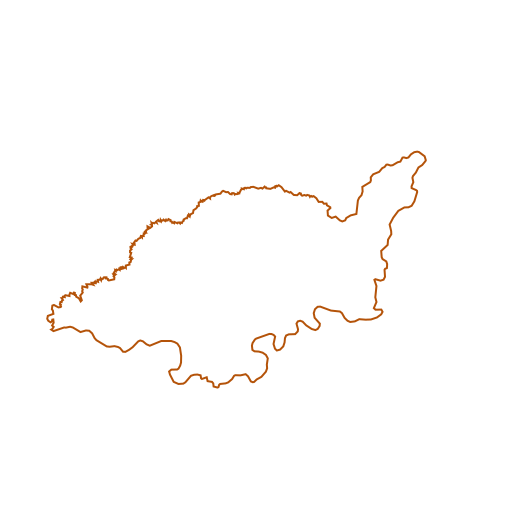 La Victoria (Pacoa), Amazonas, Colombia (orthographic projection), rotated 126°
{"feature_id": "7082276B65279517003270", "entity_name": "La Victoria (Pacoa)", "entity_type": "district", "adm_level": 2, "iso_a3": "COL", "parent_name": "Colombia", "parent_adm1": "Amazonas", "projection": "orthographic", "projection_center": [-71.093, -0.129], "detail": "fine", "context": "isolated", "style": "outline", "palette": "amber", "viewbox_px": 512, "rotation_deg": 126, "n_neighbors": 0, "source": "geoboundaries", "source_scale": "gbopen_adm2", "svg_char_len": 6149}
<svg xmlns="http://www.w3.org/2000/svg" viewBox="0 0 512 512"><g transform="rotate(126 256 256)"><path d="M435.9,378.4L435.8,375.7L426.6,369.2L425.7,367.7L422.5,364.8L421.5,362.2L420.7,353.3L416.2,349.8L414.5,347.0L414.9,343.1L417.3,338.3L417.9,335.6L416.9,323.6L415.4,321.0L412.1,317.5L410.7,314.1L410.4,311.9L411.6,307.3L410.3,305.3L406.4,303.5L402.3,302.2L394.3,301.1L392.4,300.0L391.5,297.4L391.8,292.7L391.0,289.2L380.5,282.7L374.6,274.6L373.5,271.3L373.1,268.1L374.7,263.8L380.7,257.9L386.3,254.0L389.3,252.9L392.7,252.5L394.2,253.1L397.7,257.7L400.5,258.4L402.5,255.9L406.2,248.6L405.1,243.5L402.0,239.8L399.7,238.9L391.1,238.2L388.5,236.3L386.4,233.8L385.1,230.7L387.2,228.6L387.3,227.5L383.1,224.6L385.7,221.6L383.7,217.6L384.2,215.7L386.5,213.6L385.1,209.9L384.2,209.3L381.8,210.1L380.6,209.8L376.9,205.7L374.6,204.2L369.6,203.0L365.8,203.3L364.6,202.7L361.7,198.4L357.7,194.9L358.0,191.8L360.5,186.4L360.0,184.4L359.0,183.5L355.5,182.9L350.6,180.6L343.8,180.0L340.3,181.0L337.5,183.4L331.9,186.3L330.2,189.8L330.3,193.8L331.7,197.6L334.0,201.2L334.1,203.7L330.9,206.6L328.5,207.6L324.2,207.8L322.7,207.3L311.2,199.4L310.0,197.6L309.5,195.4L309.9,193.2L316.9,190.1L319.8,186.2L320.2,183.6L317.6,181.5L313.1,180.8L309.1,182.1L305.4,184.3L302.6,184.9L300.1,183.4L296.2,178.4L292.5,177.9L290.6,178.9L286.9,183.5L284.3,183.7L282.4,182.2L281.7,179.7L282.6,174.6L282.3,168.0L281.0,164.4L278.7,163.2L275.2,163.4L273.2,164.6L271.5,172.3L268.3,175.7L264.4,177.0L260.9,176.3L259.2,174.3L256.1,163.3L251.6,155.5L251.7,152.9L254.0,147.9L254.6,143.9L254.0,141.0L250.8,137.6L246.4,135.3L243.1,129.9L239.8,125.7L234.6,122.0L229.6,120.4L226.8,120.8L225.7,123.1L229.2,127.8L228.9,130.0L222.4,131.5L219.3,135.2L209.5,140.9L205.7,146.2L204.6,145.8L202.8,140.8L200.2,138.9L197.0,139.4L191.6,143.9L190.4,144.0L188.9,143.0L187.8,143.6L185.4,145.2L183.8,147.4L184.1,151.8L183.1,153.6L178.3,157.7L169.7,156.0L165.1,158.8L158.9,159.3L156.4,161.3L152.0,166.4L144.4,167.5L135.8,167.4L129.5,164.5L127.0,161.3L123.9,159.6L118.7,160.0L109.5,163.2L108.6,164.1L108.6,165.4L109.6,170.0L108.2,171.1L103.8,172.1L100.8,175.4L99.1,176.0L94.6,175.7L88.9,176.6L84.7,175.0L79.7,174.7L78.7,174.9L76.2,178.2L76.1,185.2L76.8,186.9L79.0,189.0L82.7,190.4L86.7,190.6L88.4,191.9L89.3,194.3L90.3,195.3L94.8,194.7L96.9,196.5L102.2,198.8L103.7,200.3L104.6,203.2L105.5,204.2L108.4,204.3L110.7,205.5L115.5,205.8L121.0,209.2L124.9,209.4L127.3,207.5L129.0,207.0L137.6,210.6L141.1,207.7L144.8,206.4L148.3,206.8L151.2,206.2L163.0,199.5L167.5,203.3L172.2,205.3L174.7,204.8L177.3,206.5L177.9,209.1L177.3,214.7L180.7,217.1L181.0,221.6L177.2,224.8L173.5,224.0L172.9,224.6L173.3,228.4L172.1,229.8L173.8,231.8L173.2,234.2L175.4,237.1L173.8,241.1L173.7,244.6L174.9,245.3L174.8,246.2L175.4,246.4L175.6,247.4L176.3,247.3L175.7,248.4L176.5,250.5L177.7,250.9L178.2,252.7L180.1,254.1L179.9,256.0L179.1,256.4L179.5,257.8L182.6,258.4L184.4,261.3L183.9,265.6L185.0,266.1L185.6,270.0L186.9,270.5L185.3,275.9L185.4,279.2L187.5,279.9L187.2,280.7L188.3,281.5L189.6,280.8L189.9,281.9L193.2,283.8L195.2,287.5L194.6,288.1L195.1,288.9L194.8,289.8L197.7,290.4L197.9,292.0L200.2,293.8L201.6,298.8L203.4,300.8L204.5,301.0L206.0,303.3L207.1,303.7L207.2,305.0L208.3,305.6L209.1,305.1L209.8,307.2L210.4,306.7L211.3,307.1L214.6,306.5L215.2,307.4L215.5,306.5L217.1,307.7L218.0,309.2L218.8,309.3L218.2,310.9L219.2,312.3L220.4,311.9L221.1,313.3L220.7,316.3L221.9,317.6L222.6,320.9L223.9,321.4L226.5,321.4L229.8,324.7L231.7,324.8L232.0,325.2L231.4,325.8L233.8,327.3L235.6,327.8L236.5,327.0L236.5,328.9L240.8,330.3L241.5,331.4L242.0,330.6L243.1,332.1L243.7,331.4L244.2,332.5L243.9,333.3L245.0,332.8L246.4,333.8L249.0,331.7L250.3,332.9L250.9,332.3L252.8,332.4L255.7,333.5L258.3,332.2L260.8,333.5L261.8,333.2L261.8,334.4L263.2,333.1L263.3,334.9L266.0,334.0L266.6,334.9L269.0,336.0L269.9,335.2L271.2,335.7L272.8,335.3L273.3,336.8L274.3,336.5L274.1,338.0L274.9,338.9L275.7,338.8L276.4,342.0L277.6,341.5L277.7,343.0L278.4,343.3L277.7,344.4L278.2,345.6L277.2,346.2L277.6,348.5L279.0,348.3L280.0,349.2L279.6,350.1L281.1,350.0L280.9,352.2L282.2,352.3L282.7,353.5L283.5,353.2L283.0,354.3L284.3,353.6L284.9,354.9L284.3,356.3L286.8,357.0L287.5,356.0L287.5,357.0L289.4,357.5L289.7,358.8L290.6,359.2L290.5,360.0L291.3,359.1L292.3,359.4L292.0,358.4L293.1,357.5L295.4,358.1L295.8,361.2L296.8,360.4L296.0,359.2L296.3,358.6L299.7,360.0L300.8,359.4L301.0,360.1L301.9,360.3L302.5,360.0L302.3,358.9L303.6,359.9L303.8,359.2L305.0,359.5L305.9,358.6L306.9,360.1L308.0,359.2L307.8,360.8L309.5,360.3L311.2,361.3L314.0,361.5L314.3,362.6L317.3,362.6L317.1,361.7L318.2,360.8L318.9,362.9L319.3,361.8L320.4,362.2L321.0,361.5L322.2,361.8L321.7,362.6L322.3,363.0L323.3,362.2L323.8,360.6L325.6,361.1L327.1,360.0L326.8,358.8L331.1,357.4L330.4,355.8L332.2,355.7L331.5,354.6L332.5,354.8L334.5,353.9L335.7,354.7L337.3,353.3L340.2,355.7L342.1,354.3L342.0,355.2L343.2,355.6L343.1,356.6L344.0,356.0L345.0,356.8L343.6,357.7L344.8,359.0L345.4,358.8L345.1,357.7L346.4,357.9L346.5,358.9L347.4,358.2L347.4,359.2L349.2,360.0L349.1,360.9L350.0,360.8L350.1,361.5L350.9,360.5L351.2,361.3L353.4,361.1L353.4,359.6L354.6,360.7L354.8,359.8L354.2,358.9L356.1,359.3L356.5,358.0L358.2,357.0L362.3,360.7L362.4,361.6L361.6,362.4L362.0,363.5L361.3,364.3L362.4,364.7L361.9,365.6L362.8,366.6L364.6,366.5L365.2,367.4L366.5,367.0L365.5,368.6L367.0,368.4L368.3,370.0L369.7,368.6L370.0,369.8L371.3,370.2L372.2,369.6L372.7,370.3L371.5,371.3L373.1,371.6L374.2,373.1L375.0,370.9L375.5,372.4L378.6,376.6L380.0,374.2L380.7,373.9L382.6,378.6L384.4,377.6L385.0,376.4L386.6,376.0L387.4,374.7L391.4,374.9L394.2,370.9L395.8,371.1L394.3,374.4L394.6,377.6L393.5,378.6L394.1,379.6L392.3,380.9L392.6,381.8L394.2,381.6L395.0,384.7L397.0,384.2L398.0,383.4L399.8,387.2L400.9,387.5L401.7,386.6L402.5,388.3L403.8,387.8L404.4,388.5L405.1,386.3L406.4,386.7L407.6,386.1L408.2,387.2L410.2,386.4L410.2,385.2L411.1,385.1L411.4,384.1L412.1,384.0L413.7,385.6L414.4,390.7L415.8,391.6L419.1,389.8L419.5,388.3L421.9,385.9L426.8,389.2L429.5,388.0L430.5,386.0L430.4,383.2L428.9,382.7L427.2,383.4L426.5,382.7L428.9,380.5L432.1,380.1L432.3,378.0L434.8,377.9L435.9,378.4Z" fill="none" stroke="#b45309" stroke-width="2"/></g></svg>